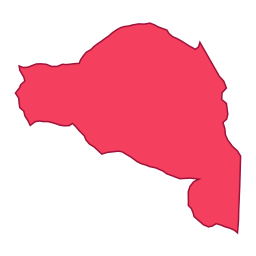 outline of Remígio, Paraíba, Brazil
{"feature_id": "56859067B40752085564557", "entity_name": "Remígio", "entity_type": "district", "adm_level": 2, "iso_a3": "BRA", "parent_name": "Brazil", "parent_adm1": "Paraíba", "projection": "mercator", "projection_center": [-35.861, -6.94], "detail": "fine", "context": "isolated", "style": "filled", "palette": "rose", "viewbox_px": 256, "rotation_deg": 0, "n_neighbors": 0, "source": "geoboundaries", "source_scale": "gbopen_adm2", "svg_char_len": 1617}
<svg xmlns="http://www.w3.org/2000/svg" viewBox="0 0 256 256"><path d="M15.4,93.1L18.7,98.1L19.1,102.9L19.8,107.7L23.7,111.0L25.1,116.3L28.2,121.1L30.2,125.4L35.3,121.6L39.7,121.0L43.3,121.6L48.0,121.6L51.8,122.5L56.6,124.0L60.0,125.2L64.4,125.8L69.4,125.6L72.4,123.4L75.4,126.2L79.3,130.8L84.3,135.8L86.0,140.0L89.4,144.0L94.2,147.0L98.1,150.6L101.8,154.1L107.2,152.4L112.7,151.8L118.1,151.2L121.9,151.7L131.0,157.1L137.1,161.6L141.3,163.7L146.1,165.1L149.4,166.5L155.8,167.9L162.7,170.9L167.0,173.9L179.9,178.7L190.0,178.1L199.1,179.1L193.8,181.6L190.0,186.4L188.3,191.6L188.3,196.5L188.4,201.4L188.3,205.4L191.4,208.6L193.1,212.8L194.1,216.6L198.7,220.6L203.6,224.8L208.6,226.9L212.6,225.9L216.1,223.7L220.3,224.8L224.8,226.7L229.6,228.1L234.4,230.2L237.5,232.9L238.5,220.4L238.7,210.4L239.7,187.3L240.3,166.5L240.6,156.1L237.5,151.0L232.4,146.4L230.1,143.2L227.8,140.2L225.4,134.8L224.8,128.5L222.9,122.5L226.6,119.2L227.8,114.2L227.2,109.6L226.4,103.4L221.7,99.5L222.0,92.9L226.4,88.0L223.7,81.1L219.3,76.3L199.9,42.3L198.5,46.9L195.5,49.3L189.6,46.2L185.5,43.6L182.1,41.4L177.1,38.6L172.6,36.7L169.0,33.6L166.9,30.1L162.5,28.5L158.2,26.9L154.5,24.9L150.0,23.1L144.3,24.1L138.7,23.9L132.8,24.9L128.8,26.0L124.6,26.5L120.5,27.7L116.7,29.8L112.4,32.7L108.6,36.1L104.9,38.6L101.3,41.3L97.5,43.8L94.1,46.4L90.8,49.7L86.3,52.2L83.5,55.6L80.6,59.8L79.2,63.4L75.2,63.6L70.1,64.2L66.2,64.6L62.5,64.3L57.2,66.4L51.4,66.4L46.3,64.3L40.5,63.8L36.2,64.0L31.4,65.8L28.0,67.2L23.3,67.5L19.1,66.0L19.8,70.2L21.8,73.7L23.8,77.0L24.8,81.1L20.9,84.5L19.4,88.0L15.4,93.1Z" fill="#f43f5e" stroke="#9f1239" stroke-width="1.5"/></svg>